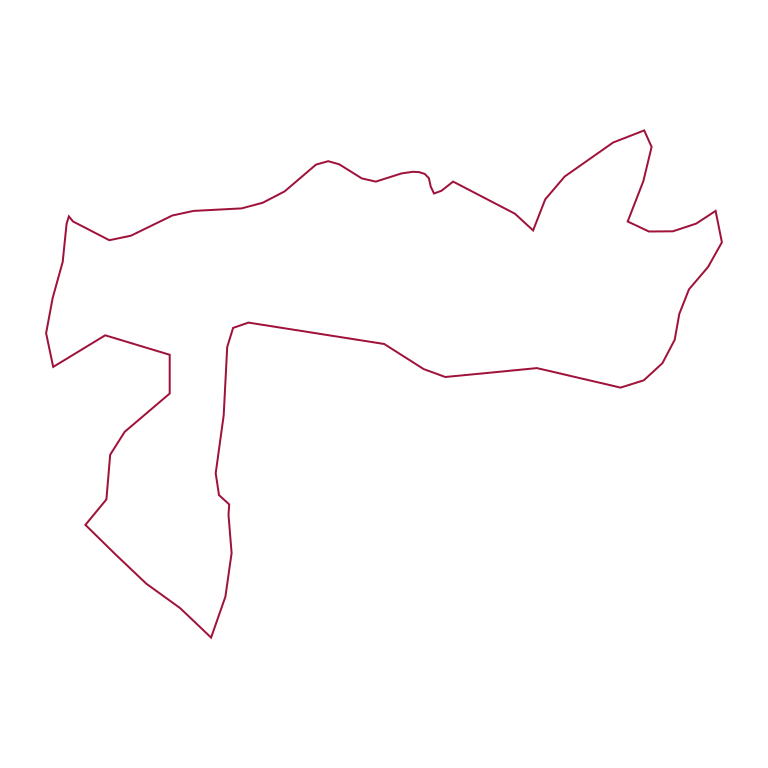 Samaná, Equal Earth projection
{"feature_id": "DOM-1983", "entity_name": "Samaná", "entity_type": "Province", "adm_level": 1, "iso_a3": "DOM", "parent_name": "Dominican Republic", "parent_adm1": "", "projection": "equal_earth", "projection_center": [-69.507, 19.186], "detail": "fine", "context": "isolated", "style": "outline", "palette": "rose", "viewbox_px": 768, "rotation_deg": 0, "n_neighbors": 0, "source": "natural_earth", "source_scale": "10m", "svg_char_len": 1030}
<svg xmlns="http://www.w3.org/2000/svg" viewBox="0 0 768 768"><path d="M68.9,216.4L72.9,221.4L109.3,240.2L130.9,235.7L172.3,215.5L193.6,210.9L241.5,208.4L262.8,202.7L284.6,191.4L316.0,164.6L328.2,161.2L339.2,164.3L361.8,178.4L375.8,181.6L401.6,173.4L412.8,171.8L419.0,172.1L424.7,173.9L428.9,178.2L430.7,186.5L434.0,193.5L441.4,190.8L453.1,181.6L514.9,213.7L533.1,230.4L545.2,199.4L564.7,176.5L613.1,142.5L644.2,130.4L651.6,146.9L643.4,181.0L627.7,221.5L648.9,231.5L672.9,231.3L696.2,223.6L715.6,210.9L721.9,242.3L708.1,266.9L689.0,289.3L679.3,313.9L674.7,339.8L662.4,363.2L643.8,380.3L620.5,387.6L536.9,368.1L445.3,377.0L423.7,369.1L384.2,344.0L248.4,322.6L233.1,327.9L227.2,347.1L223.7,415.2L215.7,473.3L219.0,495.1L229.2,504.4L228.5,514.9L231.6,553.1L225.4,596.7L211.1,637.6L180.1,608.1L146.3,583.7L115.7,554.6L85.4,524.9L106.4,499.4L110.2,454.7L124.7,431.8L141.4,417.6L169.7,393.5L169.7,354.8L105.2,335.3L53.2,366.9L46.1,333.2L52.7,297.8L62.7,261.9L66.6,223.6L68.9,216.4Z" fill="none" stroke="#9f1239" stroke-width="2"/></svg>